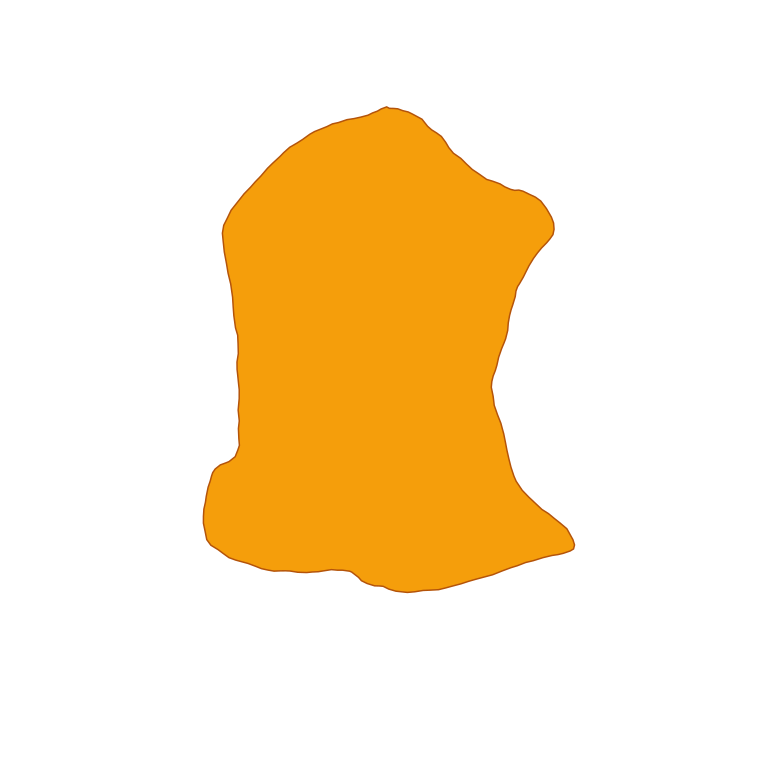 Faadhippolhu, Maldives (orthographic projection), rotated 233°
{"feature_id": "70690204B52357859866053", "entity_name": "Faadhippolhu", "entity_type": "district", "adm_level": 2, "iso_a3": "MDV", "parent_name": "Maldives", "parent_adm1": "", "projection": "orthographic", "projection_center": [73.502, 5.401], "detail": "fine", "context": "isolated", "style": "filled", "palette": "amber", "viewbox_px": 768, "rotation_deg": 233, "n_neighbors": 0, "source": "geoboundaries", "source_scale": "gbopen_adm2", "svg_char_len": 2667}
<svg xmlns="http://www.w3.org/2000/svg" viewBox="0 0 768 768"><g transform="rotate(233 384 384)"><path d="M426.5,619.3L435.8,619.3L442.1,617.4L448.1,614.2L454.4,611.0L457.7,608.4L460.0,604.9L463.3,602.2L468.8,599.1L474.0,597.1L480.6,592.8L485.6,589.1L494.4,586.3L502.2,583.6L510.2,582.2L518.0,581.1L526.5,578.3L533.8,578.0L539.8,578.7L547.2,578.8L552.8,577.1L558.3,575.0L563.6,573.9L572.6,573.7L577.4,571.5L582.6,569.1L586.6,567.1L591.0,563.5L595.5,560.6L598.2,557.6L600.9,554.2L603.7,552.9L605.4,547.2L605.9,542.9L607.4,537.9L608.3,533.0L611.2,525.9L614.0,519.8L617.4,513.5L620.2,505.0L622.8,499.3L623.9,493.4L625.9,486.0L627.4,480.5L628.1,475.2L628.3,465.9L628.8,459.5L629.8,451.2L629.1,443.0L628.3,437.9L627.3,427.8L626.4,420.9L624.2,410.9L622.9,402.7L621.5,396.0L620.1,386.8L617.0,375.0L614.8,366.5L610.8,358.8L607.2,351.5L601.7,345.7L595.0,341.6L585.5,335.9L574.8,330.6L566.4,326.2L556.2,321.8L544.4,315.3L536.1,309.8L529.1,305.3L518.2,299.2L511.0,296.5L504.0,291.7L495.9,285.9L490.0,279.8L484.0,275.4L479.1,272.5L472.7,268.6L466.5,264.9L459.4,259.5L450.9,251.8L441.6,246.2L436.0,240.9L427.7,235.2L422.0,231.6L419.2,227.5L415.5,221.4L415.3,213.5L416.3,209.8L417.9,204.6L417.7,198.0L416.3,193.9L414.3,190.9L411.0,186.7L407.4,181.4L401.2,174.4L397.0,170.2L392.5,164.9L386.9,160.1L381.5,156.0L374.9,152.9L366.4,148.8L359.4,148.7L351.6,151.8L345.4,153.6L338.6,155.7L332.6,159.6L322.4,167.5L314.8,172.3L310.3,175.0L305.4,179.2L300.7,183.6L297.4,188.4L294.1,192.9L291.2,196.4L285.6,201.8L280.0,208.7L277.2,213.3L273.6,218.6L272.1,221.5L267.4,230.3L263.4,234.7L260.4,238.7L255.2,243.9L253.3,245.0L244.9,247.3L240.5,247.6L234.9,250.4L228.5,255.0L225.3,259.0L222.9,261.6L217.3,264.4L211.4,268.8L203.5,277.2L199.5,283.6L195.6,291.0L191.6,296.8L186.9,303.8L184.0,310.6L181.7,316.4L178.1,325.2L175.5,332.8L173.1,339.1L170.4,345.8L166.3,355.9L163.5,366.2L160.9,374.9L158.6,381.2L156.2,389.7L153.1,396.8L149.6,406.6L145.9,415.1L143.1,420.2L140.9,425.2L138.6,432.2L138.2,436.1L140.8,439.3L146.0,441.2L158.3,442.9L165.9,441.2L174.5,439.0L181.3,437.4L188.8,434.6L206.8,431.5L215.9,430.4L226.8,431.0L232.2,432.3L241.1,435.3L248.9,438.6L257.1,442.3L264.2,445.8L272.1,449.6L277.4,451.7L282.3,453.7L291.0,456.1L300.7,459.2L305.1,461.8L308.6,463.8L316.8,467.7L321.1,471.6L324.7,476.0L327.7,480.9L331.1,485.5L336.4,491.7L341.5,499.3L344.6,504.6L346.9,508.3L352.3,515.0L358.1,520.1L363.2,525.6L366.9,530.3L369.7,534.4L374.9,541.5L378.8,545.3L381.4,549.3L382.6,552.6L385.5,559.5L388.4,565.3L391.2,571.0L394.4,579.1L396.3,585.4L397.8,591.6L398.9,598.9L400.0,603.7L401.6,608.8L405.2,612.9L410.5,616.3L416.5,618.1L426.5,619.3Z" fill="#f59e0b" stroke="#b45309" stroke-width="1.5"/></g></svg>